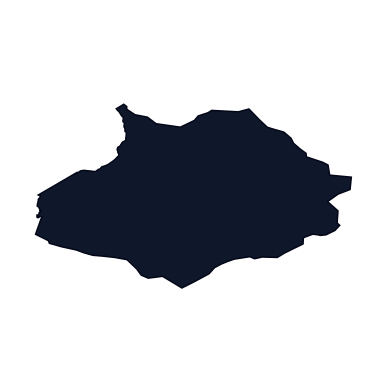 Mo'st, Hovd, Mongolia (Robinson projection), rotated 174°
{"feature_id": "93677404B12808755317760", "entity_name": "Mo'st", "entity_type": "district", "adm_level": 2, "iso_a3": "MNG", "parent_name": "Mongolia", "parent_adm1": "Hovd", "projection": "robinson", "projection_center": [92.924, 46.687], "detail": "fine", "context": "isolated", "style": "filled", "palette": "ink", "viewbox_px": 384, "rotation_deg": 174, "n_neighbors": 0, "source": "geoboundaries", "source_scale": "gbopen_adm2", "svg_char_len": 4177}
<svg xmlns="http://www.w3.org/2000/svg" viewBox="0 0 384 384"><g transform="rotate(174 192 192)"><path d="M258.6,282.7L257.4,280.8L256.8,280.2L256.1,279.2L255.4,277.9L254.0,275.0L253.5,274.3L253.1,274.0L252.7,273.7L252.6,273.3L252.7,272.6L252.8,271.4L253.0,270.9L253.3,269.9L253.3,269.4L253.2,269.1L252.8,268.7L252.4,268.3L252.2,267.6L252.1,267.2L252.2,266.9L252.3,266.5L252.4,266.0L252.5,265.5L252.7,265.0L252.8,264.6L252.8,264.2L252.8,263.8L252.5,263.5L252.3,262.9L252.2,262.6L252.1,262.2L252.1,261.7L252.1,261.2L252.2,260.7L252.3,260.3L252.3,259.9L252.3,259.6L252.2,259.2L251.9,259.0L251.7,258.7L251.4,258.3L251.3,257.9L251.1,257.4L251.2,257.0L251.3,256.4L251.5,255.8L251.6,255.3L251.6,254.7L251.7,254.3L251.8,254.0L251.9,253.5L252.1,253.0L252.2,252.6L252.2,252.1L252.3,251.7L252.3,251.3L252.4,251.0L252.5,250.7L252.7,250.4L253.0,250.1L253.4,249.9L253.7,249.7L253.9,249.6L254.4,249.4L254.7,249.4L255.1,249.2L255.6,249.0L256.1,248.6L256.6,248.2L257.1,247.4L257.6,246.8L257.9,246.4L258.5,245.6L259.0,245.2L259.3,244.9L259.8,244.7L260.1,244.7L260.8,244.4L261.2,244.0L261.5,243.5L261.9,242.5L262.0,241.7L261.7,240.8L261.5,240.3L261.6,240.0L261.6,239.5L261.6,239.1L261.3,238.5L261.0,237.8L260.9,237.3L261.1,236.7L261.1,236.2L261.1,235.9L261.0,235.5L261.2,235.2L261.5,235.1L262.3,234.9L262.7,234.6L263.3,234.0L263.8,233.6L264.6,232.9L265.7,232.1L266.6,231.5L267.2,231.1L267.9,230.7L268.8,230.2L269.6,229.8L270.7,229.1L271.3,228.8L271.9,228.5L272.6,228.1L273.3,227.9L274.0,227.6L274.8,227.4L275.6,227.2L276.1,227.1L276.7,226.9L277.1,226.8L277.5,226.8L277.9,226.7L278.3,226.7L278.8,226.6L279.1,226.4L279.5,226.2L279.9,225.8L280.2,225.4L280.4,225.0L280.6,224.7L280.9,224.6L281.7,224.5L282.3,224.4L283.0,224.1L283.7,223.7L284.6,223.1L285.3,222.8L285.9,222.5L286.3,222.5L286.9,222.6L287.7,222.7L288.3,222.9L288.9,223.0L289.6,223.2L290.1,223.3L291.0,223.6L291.9,223.7L293.5,224.0L295.1,224.4L296.4,224.7L297.2,224.8L298.1,224.8L298.9,224.8L300.2,224.7L301.0,224.5L301.7,224.0L302.2,223.7L302.7,223.6L303.0,223.4L303.7,223.4L304.3,223.5L345.2,205.1L344.9,204.9L344.6,204.6L344.3,204.5L344.1,204.4L343.9,204.3L343.8,204.1L343.6,204.0L343.2,203.8L343.0,203.5L343.0,203.3L343.2,203.0L343.5,202.7L343.8,202.5L344.1,202.2L344.3,202.0L344.7,201.6L345.0,201.4L345.4,201.0L345.5,200.8L345.7,200.5L345.7,200.2L345.6,199.8L345.7,199.5L345.9,199.3L346.1,199.0L346.1,198.6L346.2,198.3L346.3,198.1L346.3,197.7L346.5,197.2L346.8,196.9L346.9,196.4L346.9,195.9L347.0,195.6L347.2,195.3L347.4,194.7L347.4,194.3L347.2,194.0L346.8,193.6L346.4,193.2L345.8,192.8L345.5,192.5L345.4,192.3L345.5,192.0L345.6,191.7L345.6,191.3L345.4,191.0L345.2,190.9L345.0,190.7L344.9,190.3L344.9,190.0L345.1,189.9L345.3,189.7L345.2,189.4L344.9,189.4L344.6,189.4L344.4,189.1L344.4,188.9L344.6,188.7L344.9,188.8L345.2,188.5L345.0,188.3L345.0,188.2L345.3,188.0L345.5,188.0L345.7,187.7L346.2,187.4L346.1,187.0L346.0,186.6L346.4,186.4L346.6,186.0L346.6,185.7L346.8,185.5L347.2,185.6L347.6,185.4L347.8,185.2L348.0,185.0L348.3,185.0L348.6,185.1L348.6,184.6L348.8,184.3L348.8,184.1L348.7,183.9L348.6,183.6L348.8,183.2L348.5,182.8L348.4,182.7L348.2,182.7L348.1,182.9L347.8,183.2L347.5,183.5L347.3,183.7L346.9,183.4L346.9,183.1L346.9,182.8L346.7,182.9L346.4,183.1L346.1,183.4L345.8,183.7L345.5,183.8L345.0,183.6L344.4,183.3L344.0,183.0L343.7,182.6L343.9,182.2L344.5,182.0L352.0,166.3L339.9,158.6L339.2,155.9L327.5,151.2L313.3,146.5L305.5,142.7L297.2,139.4L287.2,137.5L275.7,135.0L263.7,131.5L255.0,121.2L251.2,114.6L244.5,110.9L230.1,111.2L222.8,105.7L212.1,97.6L198.7,102.7L183.6,108.9L177.5,114.4L170.1,117.4L163.8,119.2L157.2,120.8L141.3,121.6L136.7,119.1L129.0,120.0L114.0,118.0L106.4,121.6L96.7,125.2L87.0,128.7L86.0,134.9L76.3,137.4L71.8,136.4L68.8,135.4L63.2,135.4L53.9,138.8L48.6,143.4L50.9,146.1L48.8,158.0L58.2,168.3L47.0,174.6L34.5,178.0L32.0,190.1L53.3,194.4L53.9,204.6L58.7,207.8L74.6,215.0L74.5,218.5L79.9,223.4L85.9,229.8L87.9,235.1L94.3,241.9L95.2,242.3L104.7,246.1L110.3,248.5L117.3,256.6L126.7,268.6L137.5,266.9L163.9,271.1L167.7,269.2L177.9,267.0L182.2,262.9L196.8,257.7L220.6,263.7L228.5,271.1L240.6,274.8L248.2,281.1L248.0,283.8L250.7,286.4L258.6,282.7Z" fill="#0f172a" stroke="#020617" stroke-width="1.5"/></g></svg>